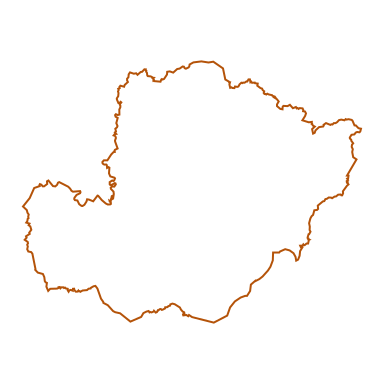 outline of La Huacana, Michoacán, Mexico
{"feature_id": "50627088B97792110309724", "entity_name": "La Huacana", "entity_type": "district", "adm_level": 2, "iso_a3": "MEX", "parent_name": "Mexico", "parent_adm1": "Michoacán", "projection": "albers", "projection_center": [-101.96, 18.85], "detail": "fine", "context": "isolated", "style": "outline", "palette": "amber", "viewbox_px": 384, "rotation_deg": 0, "n_neighbors": 0, "source": "geoboundaries", "source_scale": "gbopen_adm2", "svg_char_len": 5909}
<svg xmlns="http://www.w3.org/2000/svg" viewBox="0 0 384 384"><path d="M213.8,322.6L227.2,315.6L230.1,307.4L234.9,301.4L240.7,297.5L245.1,295.9L247.0,295.9L250.1,291.0L250.9,284.6L256.2,280.0L255.6,281.0L259.3,279.1L262.6,276.5L267.9,270.6L270.4,266.8L272.8,260.4L273.1,252.5L279.2,252.5L280.0,251.5L285.2,249.2L289.6,250.4L293.5,253.2L295.5,256.8L296.2,260.6L298.1,259.6L299.6,255.8L300.1,251.1L302.3,247.5L300.9,247.3L300.2,245.7L302.5,245.6L303.3,244.4L303.8,245.1L304.6,245.2L306.6,243.5L308.1,243.5L308.7,240.8L308.5,239.9L309.3,239.6L308.1,238.9L308.3,238.4L307.6,238.0L307.6,237.4L308.6,234.2L309.2,234.1L310.5,231.7L309.6,230.0L309.8,226.6L309.1,223.2L310.4,218.4L311.6,216.2L313.1,214.9L314.3,210.3L317.1,209.9L318.1,208.9L317.8,205.6L322.9,201.4L324.3,201.1L325.4,199.1L326.9,198.8L328.7,197.5L331.1,197.6L332.1,198.2L334.5,196.6L336.1,196.4L338.1,194.7L340.6,194.5L341.3,195.3L342.2,195.3L343.1,193.3L342.9,191.3L347.0,185.7L348.5,184.4L347.6,183.1L347.7,182.4L346.9,182.5L346.7,181.1L348.0,180.1L347.2,178.7L348.1,178.5L348.5,175.7L347.0,175.6L356.5,159.4L353.2,157.2L352.2,152.0L352.8,149.2L351.7,146.9L352.0,144.7L353.2,143.3L351.3,140.8L351.2,139.7L349.9,138.5L349.8,137.5L351.5,134.8L354.4,134.4L355.7,132.6L357.1,132.0L359.5,132.3L360.3,131.4L361.0,128.7L358.5,128.2L355.8,125.4L354.5,125.4L352.5,120.7L351.7,119.9L348.6,119.2L346.5,119.6L345.7,119.1L344.5,120.3L341.3,119.6L339.0,120.1L337.2,122.1L335.6,123.1L333.8,123.1L332.5,124.5L331.3,124.3L330.4,124.9L326.0,123.1L323.6,124.8L323.8,125.4L323.2,126.5L319.1,127.1L315.5,130.4L314.7,132.8L313.1,133.6L312.1,129.1L314.8,126.6L312.8,125.5L312.2,123.9L311.7,123.9L311.8,121.9L308.8,122.3L302.4,120.3L305.1,116.0L306.0,113.4L305.0,111.5L303.1,111.2L303.3,110.0L302.6,108.4L299.7,108.1L298.6,108.9L297.6,108.0L296.7,108.4L295.9,107.0L292.9,108.2L289.9,104.8L287.6,106.1L283.4,105.9L282.6,107.0L282.5,109.3L280.3,108.9L277.0,106.1L277.0,104.4L278.7,101.5L276.8,99.1L274.4,97.6L275.3,97.3L274.8,96.6L272.4,95.8L272.1,95.2L268.6,94.4L267.3,93.7L266.2,94.5L265.4,93.9L264.5,94.0L263.7,93.0L264.2,91.3L262.7,90.1L262.1,88.6L260.5,88.1L257.3,85.7L257.7,83.6L255.0,83.2L254.8,82.6L252.0,82.8L251.2,81.6L250.4,82.2L249.9,79.4L248.5,79.4L247.3,81.5L246.5,81.4L244.6,82.7L243.1,82.6L242.5,83.1L241.4,82.7L239.6,84.3L238.4,86.5L237.3,86.9L235.0,86.5L234.4,88.1L232.4,88.0L231.5,87.3L230.2,87.8L229.4,84.5L230.0,82.3L229.1,82.3L228.9,81.6L225.3,79.5L223.0,68.4L213.3,61.7L208.5,62.5L201.4,61.4L193.4,62.4L189.6,64.5L189.3,66.4L188.6,67.4L185.9,68.7L184.7,68.2L183.9,66.7L182.6,66.5L179.6,68.6L177.2,69.0L173.2,72.6L169.8,71.4L167.2,71.8L167.0,74.5L164.1,78.9L163.0,79.4L162.0,79.1L161.8,79.7L161.2,79.7L160.5,81.7L154.2,81.1L153.9,79.9L153.4,80.3L153.3,78.5L152.9,78.2L153.4,77.8L152.2,77.7L152.2,77.2L150.7,76.4L147.8,76.1L147.3,75.5L146.9,72.7L146.1,71.7L146.3,70.7L145.5,70.1L145.7,69.4L144.4,69.3L142.1,71.8L140.7,72.0L137.5,74.8L136.2,73.3L133.8,73.7L130.0,72.4L128.7,74.3L128.4,77.3L127.1,78.7L127.1,80.4L127.9,82.0L124.7,84.9L124.1,86.7L120.4,85.7L119.4,87.0L119.7,88.1L118.2,88.8L118.7,89.9L118.0,91.5L118.5,93.0L118.2,96.2L116.8,98.4L116.9,99.5L118.4,103.0L119.5,103.0L120.6,101.8L121.3,102.4L119.7,104.5L120.4,105.8L120.3,107.4L119.3,109.5L119.4,114.6L117.7,115.0L115.9,114.2L115.1,115.1L115.6,116.7L117.7,117.9L116.3,123.1L117.5,126.0L117.0,127.3L115.3,128.8L116.0,131.4L114.9,132.4L116.2,133.9L114.6,134.2L113.7,135.4L114.8,135.7L115.6,136.8L115.9,138.0L115.0,140.5L115.1,141.5L117.6,148.5L115.0,149.8L114.5,150.6L114.8,151.9L113.5,152.1L111.2,154.5L107.4,160.3L103.9,160.3L102.4,162.0L102.5,163.1L103.3,164.1L104.4,164.6L106.2,164.5L106.8,165.1L107.1,167.9L108.5,167.1L109.4,167.7L109.0,173.4L110.3,176.4L114.5,177.7L115.0,178.4L114.1,180.6L113.3,181.0L112.2,180.5L109.7,182.1L109.7,184.3L110.3,185.0L111.9,184.8L114.7,183.1L115.5,183.4L115.8,184.4L114.3,186.6L111.9,186.5L110.7,187.7L110.9,188.9L113.5,191.6L113.8,194.0L113.1,198.6L112.4,199.0L112.7,197.4L112.3,195.9L111.8,196.1L111.6,197.0L111.9,197.7L111.2,198.3L110.7,201.4L109.5,200.7L109.7,201.5L110.8,202.5L110.9,203.9L110.2,204.4L107.8,204.5L105.8,203.5L101.8,200.1L98.2,195.8L97.5,195.6L93.2,201.3L89.0,199.6L87.1,199.3L86.5,201.5L84.4,204.8L82.5,206.0L81.5,205.9L79.2,204.2L77.4,200.5L74.9,200.1L74.2,199.0L74.5,197.7L76.6,194.9L80.1,193.2L80.5,192.1L80.1,191.1L73.0,191.7L71.5,190.8L70.1,188.6L68.2,186.7L59.2,182.1L58.0,182.7L57.1,184.8L55.3,186.4L53.0,186.1L48.4,180.5L47.0,181.3L47.2,184.0L44.1,186.3L42.7,186.3L41.4,184.7L39.9,184.1L39.4,185.1L39.7,186.1L34.2,188.0L29.7,198.1L23.0,206.5L26.8,210.1L27.5,212.8L28.7,214.5L28.2,216.7L28.5,218.2L27.7,218.8L27.3,221.2L26.3,222.6L29.5,223.6L28.6,225.2L30.3,226.4L31.3,229.8L29.2,232.7L29.7,233.9L26.0,236.3L26.6,237.7L24.7,239.8L27.7,241.9L28.0,243.3L27.2,244.7L27.8,246.5L27.2,249.2L28.3,251.5L31.2,252.1L32.4,253.7L35.5,269.2L35.2,269.8L37.8,272.6L42.9,274.0L44.3,277.1L44.8,281.1L45.6,282.3L46.9,282.9L46.4,286.7L48.2,290.9L50.2,288.8L57.0,288.6L58.5,288.0L58.5,287.2L59.7,287.0L60.4,288.3L61.4,287.3L63.4,287.3L64.0,288.0L65.0,287.6L65.7,288.4L67.7,288.8L67.7,290.3L68.6,291.7L69.3,290.4L70.5,289.9L72.2,290.5L72.0,290.1L73.0,289.4L73.0,288.8L74.1,288.7L74.6,290.4L75.9,291.7L77.4,291.6L78.3,290.6L78.6,291.3L79.6,291.1L80.3,291.8L82.6,290.5L87.0,290.1L88.6,288.7L90.6,288.5L90.9,287.8L93.5,286.3L95.4,285.9L97.4,288.5L101.0,298.7L103.2,301.8L103.4,302.9L107.8,305.2L113.1,311.1L115.2,312.2L120.1,313.3L130.4,321.6L141.2,316.9L143.4,313.1L146.4,311.6L148.6,311.0L149.5,312.4L150.3,312.0L151.6,312.4L153.7,311.5L154.0,310.8L155.7,312.6L156.9,312.1L157.8,310.4L158.1,310.6L159.7,309.2L160.8,309.0L161.8,309.9L162.8,309.6L165.1,308.4L165.2,307.3L167.5,307.1L168.2,306.2L170.1,305.6L170.3,304.4L172.4,303.6L174.7,304.2L179.9,307.5L180.9,309.5L182.7,311.6L184.2,312.3L184.4,313.5L183.5,313.6L183.0,314.6L183.3,315.4L186.4,315.0L188.2,316.2L189.0,315.0L192.1,317.1L213.8,322.6Z" fill="none" stroke="#b45309" stroke-width="2"/></svg>